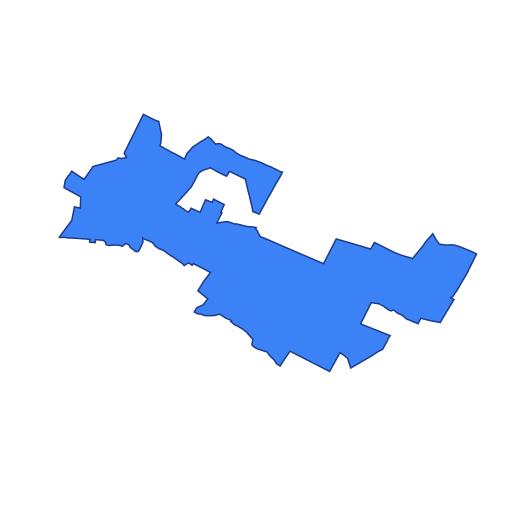 Tekal de Venegas, Yucatán, Mexico (orthographic projection), rotated 21°
{"feature_id": "50627088B65871153010469", "entity_name": "Tekal de Venegas", "entity_type": "district", "adm_level": 2, "iso_a3": "MEX", "parent_name": "Mexico", "parent_adm1": "Yucatán", "projection": "orthographic", "projection_center": [-88.868, 21.02], "detail": "fine", "context": "isolated", "style": "filled", "palette": "blue", "viewbox_px": 512, "rotation_deg": 21, "n_neighbors": 0, "source": "geoboundaries", "source_scale": "gbopen_adm2", "svg_char_len": 4787}
<svg xmlns="http://www.w3.org/2000/svg" viewBox="0 0 512 512"><g transform="rotate(21 256 256)"><path d="M318.0,350.1L318.1,349.1L318.5,347.7L318.7,346.2L321.8,332.7L366.1,337.4L368.8,318.1L369.0,316.1L372.9,317.0L378.2,318.7L384.6,326.6L400.0,307.5L404.1,301.7L407.7,297.7L408.6,290.8L409.1,287.2L408.8,286.1L409.8,282.3L378.0,281.9L380.3,258.3L388.0,256.5L393.1,257.2L396.6,258.2L398.7,258.8L401.8,258.9L403.2,257.2L405.5,257.5L409.0,258.8L411.1,258.7L414.0,259.0L418.4,260.6L419.7,261.0L421.6,260.8L428.1,261.2L428.9,260.9L431.6,261.2L432.2,255.1L441.8,253.9L451.8,252.1L456.4,225.6L454.3,225.4L452.7,225.1L454.2,223.3L454.7,221.5L455.1,219.5L455.3,218.5L455.7,217.3L456.0,216.0L457.5,206.6L458.8,198.8L459.4,195.6L459.5,192.7L459.9,188.6L461.2,175.1L455.0,174.5L442.9,174.3L439.7,174.5L437.2,174.7L433.4,176.0L430.6,177.3L426.5,178.5L424.8,178.8L424.1,178.9L422.7,179.1L418.3,176.2L413.1,171.8L411.7,175.6L409.8,180.4L408.8,183.9L408.5,185.8L403.0,202.5L401.5,202.3L393.9,203.0L390.8,203.2L383.8,203.1L366.0,201.3L361.7,200.9L360.6,208.4L356.8,208.7L347.3,209.4L335.2,210.4L329.5,210.9L324.8,211.3L321.8,239.0L299.4,238.1L279.3,237.3L270.2,236.9L264.1,236.6L255.8,236.3L255.0,236.5L254.0,236.6L252.6,235.9L252.4,235.8L252.4,235.7L252.2,235.5L249.5,233.6L248.9,232.6L248.1,232.0L247.0,231.5L246.1,230.7L245.7,230.6L246.0,229.4L242.5,230.0L240.4,230.8L236.6,231.7L236.0,231.8L235.7,231.9L231.7,232.3L228.8,232.7L227.5,232.9L226.3,233.0L224.3,233.8L221.9,233.8L221.2,233.9L218.5,234.0L217.9,234.0L217.1,234.2L214.6,235.3L210.5,237.6L207.6,239.2L207.8,237.3L208.1,233.9L208.3,231.4L208.5,230.6L208.7,228.0L207.5,228.0L207.9,219.4L196.0,218.1L196.0,221.6L188.7,221.6L188.5,227.1L188.2,235.4L185.7,235.1L182.2,234.9L179.6,234.7L178.3,234.6L177.8,237.2L176.8,239.4L174.5,239.0L171.2,238.0L169.7,237.8L167.7,237.1L166.2,236.9L164.1,236.6L163.6,236.5L163.1,236.4L162.4,236.1L164.7,230.6L168.6,220.8L169.2,218.8L170.9,214.6L171.1,212.5L171.6,209.2L172.0,206.4L171.9,206.2L172.8,199.2L174.3,196.9L175.1,195.6L176.5,194.4L179.8,191.7L181.7,190.0L185.9,190.6L188.9,191.1L194.6,191.7L194.8,191.8L200.0,192.0L200.5,189.5L200.8,186.6L203.7,186.7L207.3,187.1L210.2,187.3L216.9,187.9L218.5,188.0L222.5,194.0L225.8,198.9L226.1,199.1L234.5,211.4L237.1,215.5L237.7,215.9L238.3,215.5L238.6,215.6L244.0,215.8L245.5,204.1L246.4,197.2L246.9,194.4L247.7,188.6L248.3,184.1L249.2,178.5L250.2,173.0L250.6,168.2L248.2,168.5L247.2,168.4L243.0,167.8L242.3,167.9L241.5,168.0L240.6,167.7L236.5,167.4L234.7,167.6L231.3,167.3L227.0,166.9L225.7,167.1L225.0,167.0L222.9,167.1L221.7,167.0L216.3,167.7L214.6,168.0L209.8,167.6L209.0,167.6L208.1,167.6L205.7,167.7L205.4,167.7L205.2,167.6L201.6,167.1L197.5,165.8L196.3,165.5L196.2,165.5L195.8,165.4L194.1,165.2L188.1,165.1L182.9,164.0L180.5,164.6L178.2,166.0L174.6,164.3L172.2,162.9L171.7,162.8L168.7,161.9L165.4,166.9L164.3,167.9L157.8,177.0L156.7,180.4L155.0,184.1L154.7,186.5L154.6,189.7L154.6,191.2L148.1,190.2L141.6,189.5L141.4,189.5L140.9,189.5L126.9,187.5L126.6,184.5L124.3,176.5L116.9,165.2L114.2,165.4L108.9,165.0L105.0,164.6L100.1,164.1L96.2,205.8L96.2,207.4L99.6,210.3L99.7,210.7L99.5,210.8L95.5,213.1L92.0,213.9L91.3,216.5L71.7,230.9L71.6,231.5L68.7,243.6L68.5,244.3L68.2,245.8L66.8,245.5L66.7,245.9L65.3,245.6L64.1,245.3L53.6,242.8L52.4,248.1L52.1,248.1L50.8,253.7L52.2,261.0L71.2,263.6L74.8,274.3L68.9,275.2L71.2,288.7L65.6,308.9L66.8,308.9L69.1,307.7L69.8,307.6L70.3,307.3L75.1,306.2L75.8,305.8L78.6,304.9L88.5,301.9L90.2,301.4L90.3,301.3L94.9,300.0L95.7,302.7L101.1,301.1L100.3,298.3L107.4,296.2L110.2,296.7L112.0,299.2L114.9,298.9L119.2,296.8L122.2,295.6L124.5,295.1L125.6,294.8L126.3,294.8L127.5,295.1L129.3,292.4L129.3,291.5L130.4,291.0L132.8,291.0L133.3,291.3L134.0,291.6L135.3,292.9L136.1,293.2L137.6,293.7L139.6,294.0L141.4,294.9L144.1,294.4L144.9,292.3L145.2,289.4L145.3,284.9L145.6,284.1L143.9,279.8L144.7,280.2L146.4,280.2L148.8,280.3L150.2,280.1L152.8,280.5L153.9,280.4L155.6,281.2L158.3,282.9L163.2,284.0L166.4,283.8L170.8,284.7L172.9,285.5L174.5,285.7L176.8,286.3L179.0,286.6L186.0,288.5L188.9,289.1L190.9,289.8L192.4,290.8L193.0,289.8L195.5,286.6L197.8,287.1L199.7,287.6L200.2,285.6L207.7,286.3L219.4,287.7L216.3,298.1L214.2,309.3L220.3,311.4L226.2,313.2L225.4,316.3L224.1,320.6L220.3,324.3L219.4,325.5L219.0,326.7L218.4,330.4L222.2,330.9L225.7,329.9L228.2,330.2L229.2,330.1L235.1,328.0L236.9,327.1L238.3,326.6L239.4,325.8L240.8,324.9L242.6,323.3L247.4,324.2L248.8,324.7L250.6,324.9L254.9,324.9L256.3,325.3L256.0,326.3L257.1,326.4L258.3,327.1L262.3,328.2L263.5,327.7L265.2,328.3L266.9,328.6L269.4,328.9L272.9,330.0L274.9,330.7L280.8,334.0L282.8,334.6L283.9,340.3L285.6,341.3L287.5,341.8L288.5,341.9L289.8,342.2L301.0,341.7L304.2,344.0L310.7,346.8L314.2,349.4L315.8,349.5L318.0,350.1Z" fill="#3b82f6" stroke="#1e3a8a" stroke-width="1.5"/></g></svg>